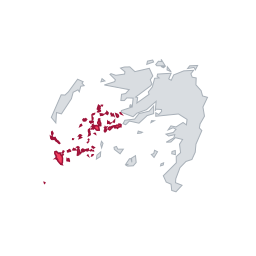 Notioy Aigaioy, Notio Aigaio, Greece shown in context, rotated 118°
{"feature_id": "26713481B52894455575268", "entity_name": "Notioy Aigaioy", "entity_type": "district", "adm_level": 2, "iso_a3": "GRC", "parent_name": "Greece", "parent_adm1": "Notio Aigaio", "projection": "natural_earth1", "projection_center": [26.069, 36.671], "detail": "fine", "context": "in_parent", "style": "filled", "palette": "rose", "viewbox_px": 256, "rotation_deg": 118, "n_neighbors": 0, "source": "geoboundaries", "source_scale": "gbopen_adm2", "svg_char_len": 9762}
<svg xmlns="http://www.w3.org/2000/svg" viewBox="0 0 256 256"><g transform="rotate(118 128 128)"><path d="M153.2,53.4L161.8,55.7L162.6,60.1L157.4,63.6L157.8,68.9L153.6,74.4L136.0,69.0L130.6,72.0L125.1,70.0L118.1,74.9L112.5,74.4L114.3,81.6L120.3,83.6L122.6,87.6L115.1,82.9L111.9,83.6L116.0,88.3L115.6,91.6L110.7,85.9L106.6,85.0L106.6,88.3L110.8,91.7L106.0,91.1L104.5,86.1L97.3,82.0L97.8,77.9L92.7,79.9L91.9,90.0L104.6,109.0L101.5,110.6L101.7,107.2L97.5,106.1L96.0,107.1L96.8,109.1L98.2,112.1L100.0,112.0L91.2,115.7L103.2,120.3L110.7,127.1L115.7,128.8L117.2,141.3L115.7,142.0L107.4,134.1L99.2,137.5L102.0,143.2L105.5,144.1L107.1,147.2L101.3,149.5L98.7,146.3L93.6,145.0L101.1,169.1L93.3,161.5L91.3,161.8L89.1,169.1L88.0,168.5L87.2,163.5L82.0,156.3L79.8,157.1L78.6,162.7L75.9,159.9L73.2,155.1L75.0,148.4L65.3,137.2L70.4,130.5L74.9,131.0L77.9,127.6L80.1,127.8L97.1,135.8L96.7,133.7L101.8,131.9L88.4,125.2L86.6,127.0L80.4,125.8L71.6,127.8L69.2,124.1L68.7,126.6L66.5,127.2L59.4,115.6L65.5,115.1L65.6,112.2L59.7,112.6L51.4,105.6L46.3,97.2L50.6,97.9L53.0,95.2L51.8,91.3L58.0,88.3L60.7,81.0L64.7,77.2L63.6,72.2L74.3,71.7L81.7,66.0L90.5,66.3L94.5,65.0L95.6,61.6L110.4,60.4L117.8,57.3L125.8,56.8L130.3,61.1L138.6,63.5L150.3,62.0L154.0,60.4L153.2,53.4ZM113.3,189.3L118.9,188.0L117.8,190.1L122.2,193.2L128.8,191.7L146.8,193.4L147.9,198.4L157.4,194.1L154.6,200.7L130.1,202.6L128.5,199.1L124.1,197.6L108.6,195.4L108.2,189.3L110.0,189.7L111.2,186.6L113.3,189.3ZM103.3,112.1L108.0,116.9L118.6,120.6L121.2,130.0L126.2,131.6L126.5,134.4L122.6,134.4L117.0,126.3L110.2,125.1L103.2,117.2L96.5,115.7L103.3,112.1ZM158.9,105.6L161.8,110.4L161.9,112.1L160.3,111.2L161.3,113.0L154.5,112.3L153.6,111.0L156.5,108.5L152.9,110.7L148.9,108.4L154.6,104.6L158.9,105.6ZM184.5,180.6L182.2,179.9L182.2,175.2L185.7,171.4L191.4,169.4L188.9,177.6L184.5,180.6ZM153.3,130.0L151.6,131.3L149.7,129.5L151.5,127.1L148.9,122.2L154.5,122.9L153.3,130.0ZM55.6,124.4L59.5,131.7L59.0,133.3L54.8,132.5L53.6,129.7L51.8,130.9L55.6,124.4ZM47.5,103.3L44.1,102.7L40.1,95.9L45.0,95.8L43.5,98.1L47.5,103.3ZM141.8,91.2L140.4,95.0L138.5,93.2L135.2,94.1L135.1,90.8L141.8,91.2ZM166.2,139.0L170.3,141.3L166.6,142.7L161.9,140.9L166.2,139.0ZM130.2,77.3L128.0,78.1L125.7,75.7L129.3,73.6L130.2,77.3ZM57.7,136.4L63.0,141.3L59.8,142.2L56.4,138.1L57.7,136.4ZM143.6,157.6L142.0,158.5L140.3,155.4L143.2,152.6L143.6,157.6ZM133.2,137.0L133.3,141.6L128.6,135.7L133.2,137.0ZM173.5,183.0L172.0,192.1L170.8,187.9L173.5,183.0ZM58.4,120.8L55.5,122.0L58.1,116.3L58.4,120.8ZM99.9,173.6L96.6,174.1L97.3,170.5L99.9,173.6ZM168.5,162.9L173.2,159.2L175.7,159.8L172.1,161.8L168.5,162.9ZM152.2,145.2L153.2,142.9L157.9,142.0L155.3,144.4L152.2,145.2ZM138.1,153.6L137.4,157.1L135.8,156.1L138.1,153.6ZM137.9,143.0L136.7,144.9L133.9,142.0L137.9,143.0ZM128.3,117.0L125.9,117.5L125.0,113.3L126.3,114.1L128.3,117.0ZM146.2,81.5L144.2,82.0L142.0,80.2L144.1,79.5L146.2,81.5ZM125.6,162.1L125.5,163.9L121.9,164.5L122.4,162.6L125.6,162.1ZM152.8,159.1L147.1,161.6L151.7,158.3L152.8,159.1ZM123.3,142.6L121.3,145.3L122.9,141.9L123.3,142.6ZM142.1,146.5L139.4,147.8L139.5,146.1L142.1,146.5ZM159.8,166.1L157.5,167.7L156.4,166.9L158.2,164.9L159.8,166.1ZM170.1,156.9L168.0,158.1L167.4,155.0L170.1,156.9ZM124.7,147.9L122.9,150.0L123.8,146.4L124.7,147.9ZM58.1,124.9L58.2,127.8L56.7,124.3L58.1,124.9ZM141.1,163.2L140.3,164.5L138.5,162.3L141.1,163.2ZM112.5,110.3L110.5,110.7L109.3,108.2L112.5,110.3ZM108.3,136.5L106.8,137.0L106.0,136.4L107.1,135.1L108.3,136.5ZM125.5,152.7L123.7,154.0L124.0,152.8L125.5,152.7ZM141.1,168.5L141.6,171.5L140.4,171.1L141.1,168.5ZM129.7,158.0L128.1,157.8L128.2,156.4L129.7,158.0Z" fill="#d9dde1" stroke="#a8b0b8" stroke-width="1"/><path d="M191.6,170.5L191.2,168.9L190.6,169.7L189.3,169.7L185.4,171.6L183.8,173.0L183.2,174.8L181.7,175.6L182.2,176.0L182.1,176.5L183.0,176.9L182.9,178.7L182.3,180.3L183.2,181.4L182.9,181.7L184.9,180.6L186.5,178.0L187.8,177.3L188.9,177.8L188.6,177.4L189.0,176.7L188.5,176.6L188.6,175.9L189.1,175.1L189.8,174.8L191.1,171.8L191.0,171.3L191.6,170.5ZM144.3,153.9L143.4,152.4L141.2,154.0L140.4,155.0L140.0,154.9L140.6,156.0L140.7,157.4L141.4,157.7L141.6,158.7L143.7,157.7L144.3,155.3L144.6,155.0L144.3,153.9ZM131.1,136.5L131.0,135.8L130.3,135.5L130.2,134.9L128.5,135.6L128.3,136.5L128.8,137.7L129.2,137.3L129.8,137.6L130.8,139.3L131.9,140.0L132.7,141.5L133.3,141.8L133.2,141.4L133.9,139.9L133.1,139.9L133.6,139.0L132.8,138.3L133.1,137.1L131.8,137.0L131.1,136.5ZM173.6,182.9L172.4,183.4L172.4,185.1L171.7,186.0L171.7,186.8L170.6,187.9L171.5,189.0L171.6,190.4L171.0,191.2L172.0,191.9L171.9,192.3L172.6,191.8L172.2,191.7L172.6,190.9L173.6,190.6L173.8,190.2L173.1,189.7L173.4,189.0L172.2,187.6L173.4,185.0L173.2,184.1L173.6,182.9ZM174.7,159.3L174.4,158.8L170.8,160.2L169.3,162.0L168.1,162.2L168.0,163.4L169.0,164.1L169.1,162.4L170.2,162.0L171.4,162.3L172.5,161.2L175.7,160.0L175.5,159.4L174.7,159.3ZM134.9,142.0L133.6,142.0L133.5,142.3L135.7,144.1L135.8,144.7L137.3,145.3L138.1,145.0L138.4,143.4L137.3,142.8L134.9,142.6L134.9,142.0ZM138.0,153.6L136.7,154.2L136.2,154.8L136.6,155.0L135.8,155.5L135.6,156.5L136.0,157.1L137.1,157.5L138.3,156.6L138.8,155.6L138.4,155.1L139.1,153.7L138.6,153.6L138.5,154.1L137.8,154.3L138.0,153.6ZM124.4,162.6L123.7,161.9L123.4,162.2L123.7,163.0L124.4,163.4L124.0,163.8L123.1,163.4L123.1,162.8L122.2,162.6L121.8,164.7L125.6,164.0L125.7,162.3L125.2,162.0L124.4,162.6ZM123.5,142.5L122.4,141.8L121.4,142.4L120.9,143.5L121.1,145.4L123.1,143.5L123.5,142.5ZM152.0,158.4L151.1,158.5L150.8,158.9L151.2,159.1L148.9,160.2L148.8,160.5L149.3,160.7L149.0,161.0L147.0,161.5L148.1,162.0L149.3,161.5L151.2,159.6L153.2,159.2L152.0,158.4ZM168.6,155.5L167.3,155.3L168.8,156.6L168.3,156.5L167.8,158.0L168.7,158.6L169.2,158.6L169.2,158.0L170.4,158.1L169.9,157.8L170.3,157.0L170.1,156.6L169.2,156.4L168.9,156.1L169.3,156.0L168.6,155.5ZM139.4,161.6L138.7,161.7L138.4,163.0L139.1,163.2L140.2,164.8L140.7,164.6L140.7,163.6L141.0,163.2L139.7,162.3L139.4,161.6ZM123.8,147.2L123.9,146.3L122.7,147.6L123.1,147.8L123.3,148.8L122.6,150.3L124.0,149.2L124.2,148.2L124.8,148.2L124.5,147.5L123.8,147.2ZM158.4,164.8L158.4,165.4L159.0,165.3L158.6,165.5L158.7,166.1L157.7,166.4L156.4,165.8L156.4,166.8L156.9,167.5L158.1,167.7L157.7,167.1L158.0,167.0L158.1,166.3L160.0,166.1L158.4,164.8ZM140.3,146.0L139.4,146.2L139.7,146.9L139.3,147.3L139.3,148.0L139.6,147.6L141.0,147.8L141.1,147.4L142.1,147.1L142.1,146.4L140.9,146.0L140.5,146.7L140.3,146.0ZM132.8,147.4L132.7,145.9L131.8,145.6L132.2,146.1L132.1,147.0L131.4,147.8L131.9,148.3L131.7,148.9L133.4,148.1L132.8,147.4ZM127.5,156.0L128.2,157.1L127.8,157.4L128.5,159.1L129.7,158.1L128.6,156.5L127.5,156.0ZM125.0,152.4L124.0,152.7L123.5,154.2L124.3,153.9L124.2,154.2L125.0,154.5L125.3,153.7L125.6,154.0L125.6,152.7L125.0,152.4ZM141.5,168.8L140.4,168.6L141.2,168.9L141.6,170.3L141.2,171.0L140.2,171.1L141.7,171.7L142.5,171.0L142.5,170.1L141.5,168.8ZM169.8,191.5L167.8,191.8L166.8,193.3L167.4,193.5L169.2,192.4L169.8,191.5ZM176.4,169.9L175.7,168.3L175.4,168.9L174.8,168.6L174.6,169.6L175.1,169.9L175.8,169.5L176.5,170.7L177.4,170.1L177.2,169.8L177.1,170.1L176.4,169.9ZM183.9,165.2L184.3,164.8L183.1,165.5L183.1,166.0L183.9,166.0L183.6,166.5L184.6,166.6L184.3,167.1L185.0,166.8L184.8,166.5L185.1,166.3L184.7,166.2L185.1,165.9L185.0,165.1L183.9,165.2ZM166.0,152.5L165.3,153.1L166.3,153.6L166.0,154.0L166.3,154.4L166.9,154.0L166.4,154.5L166.6,154.7L167.4,154.6L166.9,153.7L167.1,153.5L166.5,153.4L166.8,152.8L166.0,152.5ZM137.0,163.6L136.8,163.2L135.6,163.6L134.9,164.9L137.0,163.6ZM172.8,165.4L171.7,165.6L171.7,166.4L173.1,166.4L172.8,165.4ZM149.1,171.2L147.5,170.1L146.8,170.9L147.5,171.4L149.1,171.2ZM126.0,160.3L125.3,160.8L125.7,161.9L126.3,161.8L126.8,160.7L126.0,160.3ZM135.1,158.3L134.9,157.6L135.5,155.8L134.2,156.7L134.3,157.4L135.1,158.3ZM162.5,149.4L161.1,148.6L161.0,150.5L161.5,150.5L161.3,150.8L161.6,150.9L161.8,150.2L161.3,149.7L161.7,149.2L162.5,149.4ZM133.0,165.3L131.4,164.3L131.0,164.4L132.3,165.8L133.1,165.8L133.0,165.3ZM180.5,173.8L178.7,173.7L178.7,174.4L180.4,174.2L180.5,173.8ZM173.7,182.4L173.8,181.2L173.5,181.1L172.9,182.2L173.3,182.6L173.7,182.4ZM142.4,160.7L142.3,159.8L141.2,160.6L141.9,160.9L142.4,160.7ZM118.1,142.7L118.9,141.0L118.8,140.2L118.1,141.9L118.1,142.7ZM127.8,161.8L126.8,161.7L127.0,162.3L127.9,162.4L127.8,161.8ZM129.4,143.0L128.8,143.0L127.7,143.5L129.4,143.9L129.4,143.0ZM165.6,150.1L164.5,149.7L164.3,150.0L165.6,150.7L165.6,150.1ZM145.9,159.7L145.4,158.9L144.6,159.6L145.9,159.7ZM172.4,158.0L171.3,157.9L171.8,158.6L172.5,158.7L172.1,158.3L172.4,158.0ZM169.5,146.9L168.9,146.4L168.1,146.4L168.5,147.1L169.5,146.9ZM138.0,147.5L137.4,147.4L138.1,148.1L137.8,148.7L138.4,148.6L138.0,147.5ZM148.5,155.0L148.6,153.9L148.0,154.4L147.7,154.2L148.5,155.0ZM215.4,176.3L215.9,175.8L215.6,175.7L215.8,175.4L215.3,175.7L215.4,176.3ZM140.2,169.3L139.8,168.9L139.6,169.7L140.1,169.9L140.2,169.3ZM160.5,156.9L159.2,156.7L159.4,157.0L159.1,157.1L160.5,156.9ZM164.0,171.5L163.8,171.1L163.3,171.1L163.5,171.7L164.0,171.5ZM120.4,162.0L120.6,161.3L120.0,161.3L120.1,161.7L120.4,162.0ZM143.4,160.2L143.1,159.3L142.8,159.8L143.4,160.2ZM134.4,157.8L133.5,157.7L133.7,158.0L134.4,157.8ZM182.3,173.0L181.9,172.8L181.7,173.2L182.1,173.1L181.9,173.6L182.3,173.0ZM164.9,148.8L164.4,147.8L164.2,148.0L164.9,148.8ZM144.5,158.5L144.9,158.3L145.0,158.1L144.5,158.0L144.5,158.5ZM157.1,157.1L156.5,157.2L156.4,157.5L156.8,157.6L157.1,157.1ZM168.1,156.8L167.3,156.6L167.9,157.1L168.1,156.8ZM184.7,164.3L184.3,164.5L184.2,164.7L184.7,164.7L184.7,164.3ZM172.0,164.2L171.8,163.9L171.3,164.5L171.4,164.8L172.0,164.2ZM171.1,150.8L171.2,150.2L170.8,150.7L171.1,150.8ZM144.0,159.1L144.5,158.6L143.7,159.1L144.0,159.1ZM141.1,170.0L140.7,170.2L141.1,170.2L141.1,170.0ZM138.7,148.7L138.8,148.3L138.7,147.8L138.6,148.0L138.7,148.7Z" fill="#f43f5e" stroke="#9f1239" stroke-width="1.5"/></g></svg>